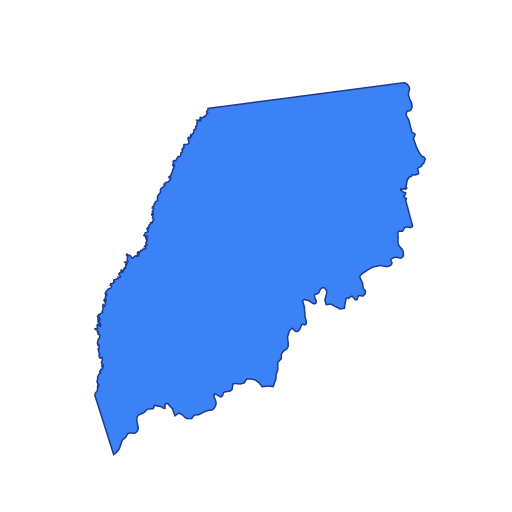 Ipixuna, Amazonas, Brazil (Robinson projection), rotated 165°
{"feature_id": "56859067B61069668278252", "entity_name": "Ipixuna", "entity_type": "district", "adm_level": 2, "iso_a3": "BRA", "parent_name": "Brazil", "parent_adm1": "Amazonas", "projection": "robinson", "projection_center": [-71.319, -7.144], "detail": "fine", "context": "isolated", "style": "filled", "palette": "blue", "viewbox_px": 512, "rotation_deg": 165, "n_neighbors": 0, "source": "geoboundaries", "source_scale": "gbopen_adm2", "svg_char_len": 6119}
<svg xmlns="http://www.w3.org/2000/svg" viewBox="0 0 512 512"><g transform="rotate(165 256 256)"><path d="M67.6,385.0L264.1,411.0L264.3,409.9L266.3,408.4L266.3,407.1L265.7,406.5L267.3,405.8L268.1,404.2L269.7,404.4L269.9,403.5L270.6,403.9L272.7,403.2L273.1,404.1L274.0,404.2L274.0,401.6L274.8,401.1L275.2,402.2L275.8,401.4L276.4,402.1L278.0,402.4L277.6,401.7L278.7,399.8L278.6,398.7L279.7,397.2L281.0,396.5L280.5,395.3L281.1,394.4L283.3,394.1L283.6,392.8L285.0,390.6L286.8,389.9L287.3,388.0L288.1,387.9L288.2,388.9L289.2,386.8L290.5,388.1L291.3,387.4L291.4,382.4L293.3,381.6L296.8,382.3L297.8,379.2L298.7,379.2L299.1,378.1L300.0,378.1L300.0,375.5L301.6,375.3L303.3,371.8L305.6,372.2L309.1,368.7L310.8,369.5L311.5,368.9L311.8,367.8L311.6,365.9L312.8,365.9L312.7,364.2L311.6,364.3L313.1,361.6L314.0,361.3L314.7,359.5L318.1,355.3L319.5,355.1L319.8,354.2L318.1,353.6L318.4,352.8L321.5,350.2L324.2,350.4L326.3,349.1L325.6,347.8L330.6,345.6L331.5,344.1L331.5,342.5L335.4,339.5L336.5,336.9L336.4,335.1L339.3,334.4L339.7,333.2L340.9,332.7L340.8,331.5L343.4,330.0L343.8,329.1L342.7,328.6L342.9,327.4L344.7,325.9L344.7,324.6L343.9,323.8L344.3,323.1L346.0,323.4L346.1,322.5L345.3,321.9L345.3,320.7L346.1,319.6L345.4,317.6L346.7,316.6L347.9,314.5L348.5,315.4L349.3,315.4L349.7,314.4L351.5,313.3L351.6,312.2L352.8,311.6L352.2,311.2L352.7,310.4L353.8,310.9L354.5,310.3L353.8,308.2L354.0,307.3L357.0,307.1L357.6,305.9L359.0,304.9L358.4,304.1L356.3,303.5L357.6,302.9L357.9,301.9L357.5,300.6L356.6,301.1L358.1,297.8L359.0,297.3L359.2,295.5L358.5,295.0L360.7,294.5L361.4,293.8L360.2,293.3L360.2,292.3L360.9,291.7L363.9,291.9L364.1,290.9L364.9,290.7L366.0,291.2L367.7,289.4L368.2,290.4L369.3,290.4L369.9,289.5L369.5,288.5L370.2,287.8L369.6,287.4L368.8,287.7L370.0,286.2L372.1,287.3L373.8,287.0L375.2,285.9L376.1,286.0L377.7,289.4L378.6,289.8L379.5,289.4L380.1,291.2L380.9,290.8L380.2,288.5L381.6,285.5L381.0,283.8L382.5,283.0L383.3,284.1L384.3,284.0L382.6,281.8L383.2,281.2L384.0,281.4L385.1,278.2L386.2,278.6L386.6,277.4L387.4,277.4L388.0,276.6L388.1,275.3L388.8,275.6L389.8,274.9L390.2,275.7L392.7,274.7L393.3,273.8L392.2,271.7L392.7,270.6L394.7,271.3L394.9,270.0L399.6,269.6L400.1,268.0L399.4,267.4L402.7,266.4L403.3,266.9L404.4,265.4L403.6,265.0L403.3,263.8L404.2,262.8L407.8,262.1L410.5,259.9L411.3,259.1L411.3,258.0L410.1,257.6L410.4,256.4L411.4,256.6L413.0,253.4L413.9,253.2L414.4,252.4L413.5,250.2L414.2,247.8L415.2,246.9L416.2,248.7L416.8,248.0L417.7,243.5L419.0,242.2L418.7,241.2L421.6,240.4L422.2,239.7L422.9,240.1L424.7,238.8L424.6,237.7L423.5,237.7L423.2,235.6L424.9,236.2L425.2,235.5L424.2,235.0L423.8,234.2L425.8,233.8L424.9,232.1L423.9,231.7L423.9,230.3L424.7,230.0L424.1,229.4L424.5,228.4L425.2,228.9L425.4,229.8L426.4,230.1L425.8,230.9L426.9,231.1L427.4,230.1L427.8,228.9L427.6,226.8L428.9,226.6L428.5,224.6L428.9,223.8L427.7,223.2L428.9,221.7L428.6,221.0L427.6,220.7L427.5,219.6L428.3,217.3L429.8,216.7L431.8,212.8L431.7,210.7L430.8,211.1L430.6,210.3L431.0,208.5L432.1,207.8L432.6,206.7L431.9,206.1L432.8,205.1L432.5,201.2L433.2,201.1L433.5,198.4L432.6,197.6L430.8,197.8L431.5,195.0L432.9,193.2L432.8,190.9L431.8,190.5L432.1,189.4L433.0,189.8L433.6,189.2L432.8,188.1L434.4,186.2L435.2,186.6L435.6,185.3L436.6,185.3L437.1,184.4L436.5,183.4L438.8,182.0L440.5,179.9L440.5,178.6L442.1,176.0L441.9,173.2L441.2,172.8L442.6,171.4L441.7,171.1L442.9,170.2L444.5,166.3L446.5,165.4L447.7,163.2L444.9,101.0L442.3,102.0L438.1,105.0L432.8,112.7L428.9,114.5L425.7,117.7L423.1,117.6L419.1,116.1L417.0,116.9L415.3,118.2L414.2,120.5L413.7,128.2L412.8,131.1L410.8,132.7L404.2,133.9L401.7,135.6L399.8,136.1L394.9,135.1L392.4,138.1L389.7,136.3L387.1,135.4L385.4,133.4L383.4,132.3L382.0,136.7L379.7,136.6L376.1,129.8L375.7,122.7L371.2,124.3L367.8,121.3L366.6,118.7L364.8,116.8L360.3,115.6L356.9,118.3L352.6,117.5L345.4,119.0L342.5,119.2L338.1,118.6L336.1,119.5L334.1,121.4L332.7,123.8L332.4,126.2L332.9,131.4L332.1,133.4L330.1,132.5L326.5,128.9L324.5,129.7L322.9,132.4L321.0,132.8L315.9,132.2L313.7,133.2L311.5,138.3L309.2,138.3L304.4,136.5L302.0,136.4L300.1,136.5L297.0,139.6L292.9,138.6L288.8,136.5L285.7,132.5L283.9,128.1L277.7,127.2L273.2,125.4L268.7,131.9L267.1,136.5L264.4,140.5L262.5,147.6L258.1,150.3L257.0,154.4L256.3,155.3L253.8,157.1L250.5,158.2L248.4,160.2L247.5,163.1L246.6,169.4L243.4,174.6L241.6,176.2L239.6,176.8L237.6,173.3L236.8,172.6L235.5,172.4L233.3,173.2L229.3,178.2L228.6,178.2L227.1,176.9L225.1,177.3L224.4,179.2L224.3,184.8L222.4,194.8L222.7,200.2L221.9,201.1L220.8,201.4L218.3,200.3L216.6,199.1L213.0,195.1L211.2,194.6L210.2,195.1L209.4,197.3L210.1,200.4L209.7,202.9L208.8,203.7L206.6,203.6L204.9,204.2L202.0,207.6L199.8,208.2L197.9,207.2L196.9,204.7L197.4,201.6L200.9,195.7L200.8,190.9L196.0,190.1L188.6,183.1L184.2,182.6L180.0,191.7L179.1,192.0L177.6,191.1L175.4,192.2L173.5,192.4L171.4,188.0L170.2,187.6L169.2,188.3L168.1,190.3L166.8,191.1L162.9,189.6L160.4,191.2L159.4,193.4L159.6,194.6L160.8,196.8L160.1,202.2L161.2,208.9L160.2,210.3L158.2,211.4L149.3,214.4L145.2,215.1L138.1,214.6L132.8,212.0L130.1,211.7L127.8,212.4L126.9,213.3L126.4,214.3L127.0,216.9L126.4,217.9L125.1,218.5L123.0,218.8L120.3,218.3L116.7,216.5L114.5,217.0L113.2,218.8L112.7,222.5L113.0,224.6L115.3,228.8L115.5,232.2L113.8,237.5L113.1,241.9L111.5,242.9L108.1,242.0L104.6,245.2L102.5,244.9L99.2,243.3L97.0,244.2L97.0,271.4L96.2,271.6L95.9,272.7L98.0,275.3L97.3,276.1L96.0,276.4L95.2,278.4L97.2,279.6L99.1,282.3L98.8,283.3L96.6,282.3L94.6,282.8L94.1,281.7L92.7,282.6L93.2,284.3L89.6,291.4L88.8,291.1L87.6,292.8L85.3,292.7L83.9,294.1L81.8,293.1L78.3,293.1L77.5,293.8L77.2,298.9L72.9,300.0L71.6,301.7L70.8,301.6L69.8,302.3L67.3,306.1L68.3,308.2L70.1,309.5L71.4,312.9L72.8,319.4L73.5,328.6L71.0,331.9L70.9,332.8L73.4,335.3L73.2,347.8L74.4,352.5L73.8,355.2L72.3,356.8L70.0,356.4L67.8,357.7L66.4,360.1L66.2,364.5L66.9,366.8L67.1,371.7L66.6,373.8L64.3,377.8L64.5,380.5L65.7,383.0L67.6,385.0ZM413.0,253.4L412.2,253.2L412.2,252.2L413.1,251.4L413.4,252.3L413.0,253.4ZM428.9,226.6L429.6,227.4L430.4,227.3L429.8,226.3L428.9,226.6ZM390.2,275.7L389.5,276.4L389.8,277.3L390.3,276.7L390.2,275.7Z" fill="#3b82f6" stroke="#1e3a8a" stroke-width="1.5"/></g></svg>